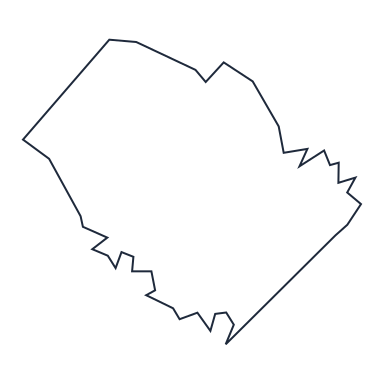 Nicholas, Kentucky, United States of America (Robinson projection)
{"feature_id": "52423323B57180370688472", "entity_name": "Nicholas", "entity_type": "district", "adm_level": 2, "iso_a3": "USA", "parent_name": "United States of America", "parent_adm1": "Kentucky", "projection": "robinson", "projection_center": [-83.996, 38.326], "detail": "fine", "context": "isolated", "style": "outline", "palette": "slate", "viewbox_px": 384, "rotation_deg": 0, "n_neighbors": 0, "source": "geoboundaries", "source_scale": "gbopen_adm2", "svg_char_len": 619}
<svg xmlns="http://www.w3.org/2000/svg" viewBox="0 0 384 384"><path d="M223.7,62.4L205.7,82.0L195.5,69.9L136.2,42.0L109.3,39.7L23.0,139.6L49.1,158.8L80.6,216.2L82.9,226.8L107.3,237.6L92.3,249.2L107.8,255.7L115.6,268.1L121.5,252.1L133.4,256.8L132.1,271.3L151.4,271.3L155.1,290.3L146.2,295.2L173.1,308.3L179.6,319.2L197.4,312.7L210.4,330.9L215.2,313.9L226.2,312.5L233.8,324.7L225.7,344.3L335.5,235.3L347.3,224.8L361.0,204.1L347.2,192.5L355.4,177.6L338.4,182.8L338.7,162.7L330.0,165.1L324.1,150.5L299.5,166.3L307.4,148.9L283.7,152.8L278.7,126.4L252.7,81.4L223.7,62.4Z" fill="none" stroke="#1e293b" stroke-width="2"/></svg>